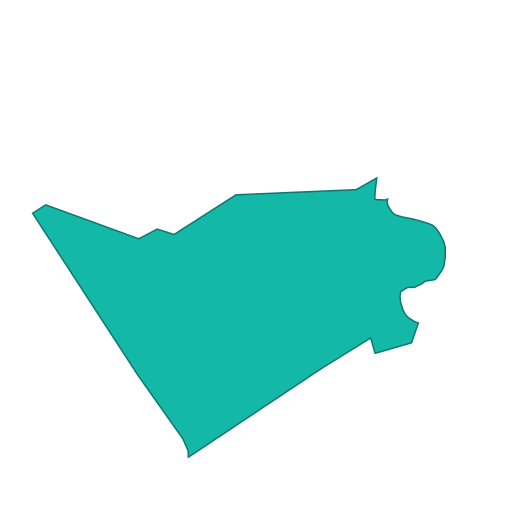 the district of Hickman, Kentucky, United States of America, rotated 147°
{"feature_id": "52423323B69362371479098", "entity_name": "Hickman", "entity_type": "district", "adm_level": 2, "iso_a3": "USA", "parent_name": "United States of America", "parent_adm1": "Kentucky", "projection": "albers", "projection_center": [-89.075, 36.65], "detail": "fine", "context": "isolated", "style": "filled", "palette": "teal", "viewbox_px": 512, "rotation_deg": 147, "n_neighbors": 0, "source": "geoboundaries", "source_scale": "gbopen_adm2", "svg_char_len": 799}
<svg xmlns="http://www.w3.org/2000/svg" viewBox="0 0 512 512"><g transform="rotate(147 256 256)"><path d="M422.3,124.1L260.2,126.0L204.5,124.8L209.1,109.5L172.8,98.5L156.3,111.4L158.9,114.8L161.9,121.7L162.6,125.1L162.2,130.3L159.9,138.6L157.1,143.9L154.0,147.3L150.3,147.3L145.9,147.0L140.1,143.4L132.0,142.4L127.5,142.7L119.0,138.8L117.1,139.0L108.2,142.5L103.9,145.2L97.8,152.1L92.5,160.4L90.7,166.0L89.7,175.0L89.9,181.0L91.0,185.4L93.9,189.7L104.0,201.3L112.1,209.1L116.7,214.5L118.0,218.1L118.0,226.0L116.7,229.8L114.6,232.0L117.3,232.7L125.6,238.7L120.9,245.3L112.2,255.7L135.9,257.1L239.4,318.2L313.1,318.7L324.2,332.4L345.0,334.3L404.5,413.4L411.0,413.5L411.3,413.5L420.1,413.5L420.0,220.7L416.9,142.5L419.0,129.6L422.3,124.1Z" fill="#14b8a6" stroke="#0f766e" stroke-width="1.5"/></g></svg>